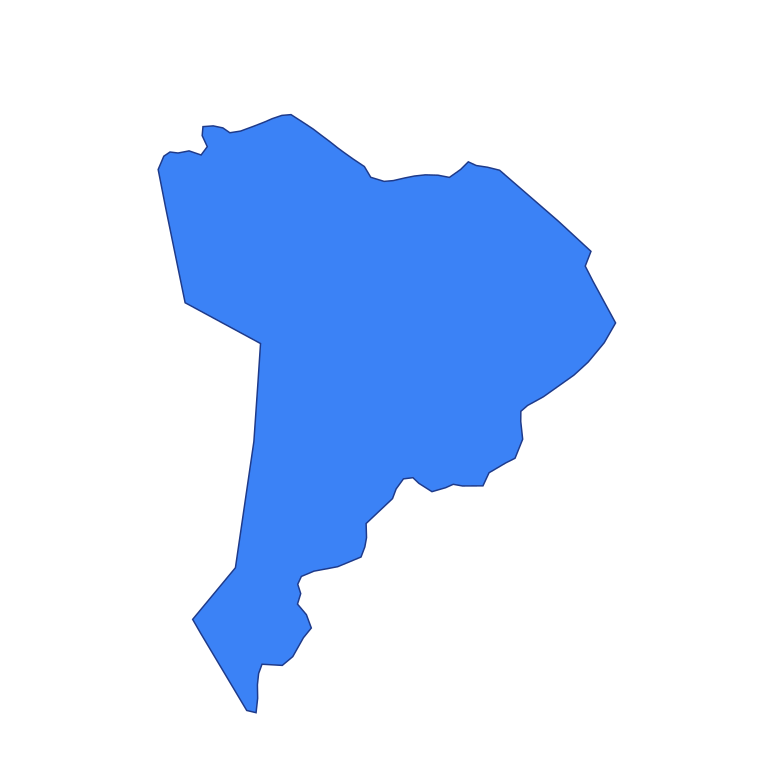 Água Branca, Paraíba, Brazil, rotated 347°
{"feature_id": "56859067B36590895237409", "entity_name": "Água Branca", "entity_type": "district", "adm_level": 2, "iso_a3": "BRA", "parent_name": "Brazil", "parent_adm1": "Paraíba", "projection": "orthographic", "projection_center": [-37.665, -7.486], "detail": "fine", "context": "isolated", "style": "filled", "palette": "blue", "viewbox_px": 768, "rotation_deg": 347, "n_neighbors": 0, "source": "geoboundaries", "source_scale": "gbopen_adm2", "svg_char_len": 1307}
<svg xmlns="http://www.w3.org/2000/svg" viewBox="0 0 768 768"><g transform="rotate(347 384 384)"><path d="M607.8,393.4L623.4,376.6L610.7,330.8L606.6,314.4L615.5,301.3L590.3,264.3L544.7,201.7L533.7,196.1L523.1,191.9L516.1,186.5L506.9,192.2L494.2,197.4L483.6,192.7L471.3,189.5L460.4,188.2L450.5,187.9L438.8,187.9L429.7,186.6L417.6,179.6L413.8,167.7L404.5,157.8L396.8,149.1L391.9,143.4L386.0,136.0L378.1,126.6L372.4,119.7L364.9,111.8L354.0,100.6L344.9,99.3L334.8,100.3L326.2,101.9L315.2,103.5L301.1,105.3L290.3,104.5L284.6,98.2L275.7,94.1L265.5,92.5L262.7,101.1L265.2,113.0L257.3,119.7L246.5,113.0L235.3,112.6L227.7,109.8L220.7,112.5L212.2,124.2L210.9,163.1L208.5,260.1L272.8,316.8L261.4,354.6L244.3,410.7L197.9,529.6L144.6,570.3L149.4,586.0L176.8,671.2L185.4,675.5L190.2,661.8L193.0,648.6L196.7,637.9L202.1,629.6L221.6,635.3L233.8,629.1L248.4,613.1L258.3,605.4L256.5,591.3L250.2,579.0L255.7,569.5L254.9,559.7L260.2,552.9L273.6,550.6L297.8,551.6L322.7,547.4L328.7,538.4L332.4,529.8L335.2,515.9L366.5,497.6L372.2,489.0L381.6,480.8L391.1,481.8L395.6,488.6L406.5,499.7L420.8,498.9L428.9,497.3L437.5,501.0L457.5,505.5L466.4,494.1L484.8,488.3L495.0,485.8L506.7,469.0L508.8,451.3L511.2,441.4L519.1,437.2L536.4,432.3L571.2,418.0L587.8,408.6L607.8,393.4Z" fill="#3b82f6" stroke="#1e3a8a" stroke-width="1.5"/></g></svg>